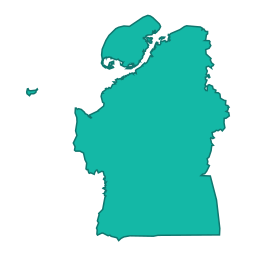 City of Isabela, Philippines
{"feature_id": "2640588B50898058307541", "entity_name": "City of Isabela", "entity_type": "district", "adm_level": 2, "iso_a3": "PHL", "parent_name": "Philippines", "parent_adm1": "", "projection": "albers", "projection_center": [121.969, 6.657], "detail": "fine", "context": "isolated", "style": "filled", "palette": "teal", "viewbox_px": 256, "rotation_deg": 0, "n_neighbors": 0, "source": "geoboundaries", "source_scale": "gbopen_adm2", "svg_char_len": 5700}
<svg xmlns="http://www.w3.org/2000/svg" viewBox="0 0 256 256"><path d="M207.6,31.5L205.5,31.4L203.8,29.0L202.0,29.8L202.4,28.2L200.4,27.0L186.6,25.8L184.4,26.6L180.0,29.6L170.7,33.6L169.8,34.6L168.9,34.5L169.2,35.2L168.4,35.3L169.8,36.9L169.6,37.1L169.2,36.7L169.0,36.8L168.6,37.9L169.5,37.2L169.6,37.9L168.5,38.4L168.8,39.3L170.1,40.1L169.5,40.8L168.5,40.2L167.5,41.5L166.2,41.5L165.7,42.5L165.8,41.6L164.9,40.5L162.4,41.5L161.0,40.9L160.5,42.5L160.8,43.5L160.0,44.8L158.8,44.9L157.8,43.6L157.4,44.3L157.1,43.3L156.3,44.1L156.0,43.2L157.3,42.4L156.5,42.2L155.7,43.6L154.5,46.9L155.5,46.4L155.7,47.6L154.9,48.1L154.7,49.2L154.1,49.5L153.9,48.9L152.8,49.8L152.5,49.3L151.9,50.2L152.5,49.9L152.5,50.7L150.5,52.5L151.6,55.0L151.1,55.4L152.1,55.5L152.7,56.5L151.9,56.8L150.3,55.9L147.0,62.4L145.3,63.6L144.7,63.0L142.5,65.0L142.6,65.6L142.2,65.4L140.8,67.0L136.2,69.7L135.6,70.4L136.2,73.4L134.9,72.6L134.3,73.3L132.7,73.1L133.0,73.8L132.2,73.2L130.1,73.9L129.8,73.5L128.5,75.1L127.9,74.8L126.2,76.2L126.0,75.6L125.2,75.9L125.6,76.6L124.7,77.0L124.9,77.5L124.4,76.8L124.7,77.7L124.1,76.8L124.2,77.8L123.8,77.0L123.5,77.8L123.2,76.7L122.1,77.4L121.8,76.8L122.3,79.3L121.3,79.5L120.7,78.5L118.0,79.3L117.6,78.7L116.1,79.5L115.5,79.9L116.5,80.9L116.5,82.1L113.6,81.9L115.5,83.8L112.6,84.6L111.0,87.8L110.5,88.3L109.0,87.5L108.1,88.7L106.2,88.3L105.5,88.7L105.9,89.6L102.6,92.0L102.3,92.8L102.9,93.2L101.8,93.5L101.1,96.4L102.6,102.2L104.1,103.3L103.6,106.1L98.2,110.4L98.4,110.8L89.2,115.2L88.8,116.1L89.8,115.9L91.4,117.7L90.7,118.0L88.7,116.6L87.4,114.7L85.1,113.6L84.6,112.4L81.4,109.5L78.6,108.7L77.4,109.4L76.3,108.1L75.4,108.1L75.1,113.0L76.8,117.6L77.0,122.0L75.6,130.8L76.9,135.5L73.3,143.0L75.1,146.8L74.5,150.1L75.6,151.1L79.9,151.1L83.5,153.0L85.0,159.7L86.7,163.1L86.0,168.9L86.8,169.7L87.8,169.5L88.8,172.9L89.7,173.3L90.6,172.7L94.2,174.3L94.8,172.3L96.4,170.1L97.2,170.1L98.3,172.9L101.7,171.3L103.3,171.7L104.1,175.2L105.1,176.4L105.1,178.4L104.1,178.1L103.5,179.2L105.0,180.5L104.9,183.0L106.0,182.4L105.2,183.9L105.8,185.3L105.0,185.7L105.5,187.7L103.5,187.8L102.9,188.3L103.4,188.7L104.5,188.3L104.8,189.5L106.2,190.3L105.6,190.8L105.9,191.7L104.8,191.9L104.6,193.0L103.7,193.5L104.6,193.8L104.6,195.6L105.8,196.0L104.9,197.5L102.7,209.4L98.7,213.5L99.1,214.6L97.4,220.9L98.6,222.9L96.5,228.1L97.2,229.8L96.9,234.1L97.5,235.1L101.7,233.1L103.0,233.1L108.0,235.7L110.0,235.2L111.1,236.3L116.8,237.7L118.7,240.6L121.0,238.4L123.9,236.9L129.9,235.8L153.5,236.2L157.9,235.3L219.5,234.9L219.8,228.5L216.5,199.9L210.3,176.0L201.0,175.6L202.5,174.2L204.7,173.7L206.6,171.3L209.4,165.6L207.3,164.3L207.8,161.6L207.1,158.7L209.0,157.1L211.1,150.7L211.7,145.7L213.4,145.3L211.5,143.1L210.5,138.4L210.9,137.7L212.8,138.6L214.3,137.8L212.7,136.1L212.1,132.5L214.8,131.6L216.2,130.3L218.2,130.7L220.1,129.4L221.0,129.5L222.3,130.9L224.9,127.8L224.0,122.7L224.2,118.3L226.0,118.3L229.3,115.9L228.7,112.6L226.1,111.4L227.5,110.7L228.3,108.7L228.0,107.6L229.0,107.2L227.8,105.6L226.2,105.3L225.5,104.4L225.8,100.6L224.3,100.4L220.5,98.3L219.9,94.1L218.3,92.8L215.3,92.5L215.9,90.2L213.1,88.9L212.5,86.2L209.2,84.7L208.1,85.1L207.3,87.2L207.2,90.6L205.8,90.5L204.6,88.4L205.2,87.0L206.4,86.3L205.0,84.9L207.0,80.1L205.6,79.6L205.4,77.2L206.8,76.9L207.8,75.9L209.0,77.8L209.8,77.3L208.8,74.6L207.4,75.2L206.1,74.7L207.3,71.0L206.1,68.7L206.3,67.0L208.5,66.1L211.5,68.2L211.2,67.3L211.6,66.4L213.2,65.6L213.7,64.5L211.5,62.8L210.3,59.9L211.0,58.5L206.1,54.0L205.7,49.6L209.1,48.3L210.8,45.6L209.5,43.1L210.0,41.7L209.2,40.7L205.0,40.5L205.6,40.2L206.4,34.8L207.6,33.8L207.6,31.5ZM147.8,15.4L143.0,17.3L129.5,26.4L123.9,26.0L118.6,27.3L115.8,28.7L109.0,35.4L105.9,40.4L102.2,49.2L101.6,55.0L102.4,59.5L101.4,63.1L103.0,66.0L105.5,67.9L106.5,67.6L109.3,69.0L113.5,67.5L112.9,66.6L113.3,66.1L112.8,66.4L112.0,67.8L109.5,67.5L110.9,66.6L110.2,66.0L111.0,65.6L109.2,64.2L110.2,62.5L111.2,63.0L111.9,64.6L112.5,63.5L113.7,63.9L113.6,61.2L109.7,62.6L108.1,67.0L106.4,66.7L104.1,65.2L102.9,65.4L102.6,64.4L103.1,63.1L102.7,62.2L103.5,59.3L102.9,58.3L104.2,58.4L104.9,57.8L104.7,57.1L105.1,57.7L106.0,57.3L106.2,58.0L106.4,57.3L107.6,57.4L107.0,57.9L108.8,57.0L111.5,57.5L111.8,58.2L110.4,59.1L111.9,58.2L116.5,59.8L118.2,59.1L119.2,60.3L122.4,61.9L122.8,62.7L123.2,62.5L122.1,64.7L121.3,64.7L120.6,63.8L120.7,64.9L124.4,66.8L127.2,66.8L128.6,66.0L128.2,65.2L129.4,64.2L130.0,64.7L131.9,64.2L132.5,63.7L132.1,63.4L133.3,63.4L132.9,64.4L133.6,64.2L133.6,65.1L134.2,65.2L133.3,65.6L133.8,65.9L133.4,66.2L128.3,67.2L129.5,67.7L128.0,67.9L128.0,67.4L126.4,68.6L131.0,68.7L131.2,68.0L132.4,68.0L132.8,67.2L134.4,66.9L137.8,64.5L139.8,61.3L139.2,61.4L139.3,60.9L139.9,61.2L139.6,60.7L142.2,58.3L142.8,56.8L142.4,56.2L144.0,54.3L143.5,53.7L144.0,53.2L144.7,53.6L142.8,51.6L143.6,50.3L144.0,51.7L145.4,51.2L145.6,49.5L148.2,47.2L147.9,46.2L148.7,45.2L148.1,44.3L147.8,44.5L146.6,41.5L145.9,41.3L146.1,40.8L145.0,39.0L143.4,38.6L143.4,37.6L145.3,37.5L146.1,35.8L147.5,35.1L151.9,34.7L152.7,33.1L152.2,32.3L152.9,32.8L152.9,32.2L153.6,32.4L153.0,32.0L153.0,31.4L154.2,32.3L153.9,31.4L155.5,29.9L154.8,31.4L156.1,32.4L154.3,33.2L155.2,33.3L159.2,29.4L160.6,26.6L159.4,24.0L152.9,17.7L150.3,16.0L147.8,15.4ZM37.2,88.9L35.8,90.2L30.6,90.8L28.8,90.4L28.1,88.7L27.4,88.9L26.7,92.0L27.0,93.7L29.5,95.7L30.8,93.8L33.9,93.7L35.8,92.5L36.2,90.7L37.5,89.6L37.2,88.9ZM149.1,37.8L147.1,37.3L146.8,38.3L147.7,40.8L148.4,41.7L148.8,41.4L149.6,42.9L150.4,43.2L151.4,42.2L151.5,43.7L151.9,41.4L150.4,40.7L151.8,39.3L151.6,38.7L152.3,38.5L152.1,37.9L150.8,37.7L150.7,38.5L149.2,38.6L149.1,37.8ZM161.5,37.0L159.6,38.3L159.0,39.5L160.6,38.4L161.6,39.2L164.2,38.0L164.7,37.2L161.5,37.0Z" fill="#14b8a6" stroke="#0f766e" stroke-width="1.5"/></svg>